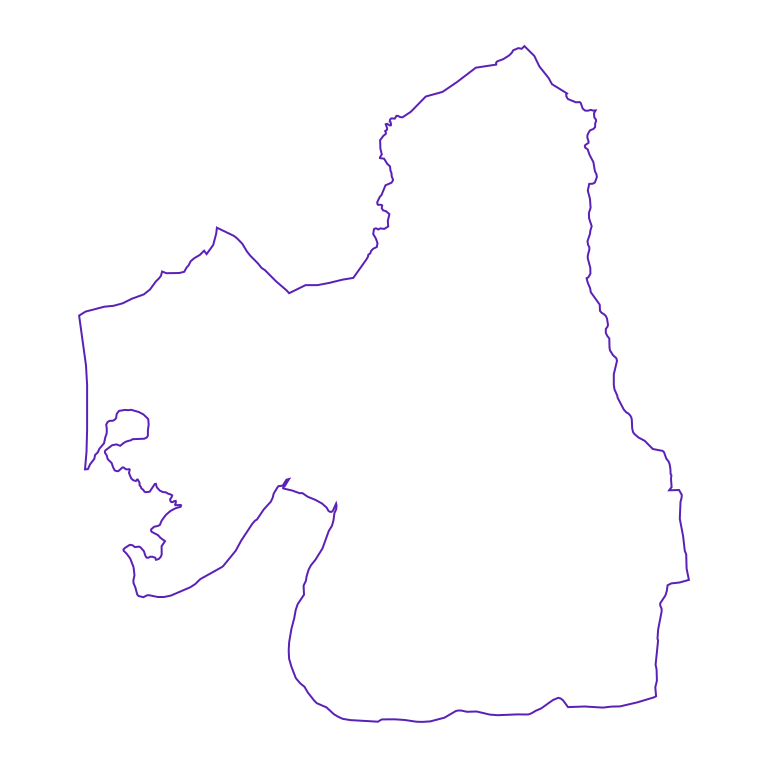 Eratap, Shefa, Vanuatu
{"feature_id": "77236927B93199120734028", "entity_name": "Eratap", "entity_type": "district", "adm_level": 2, "iso_a3": "VUT", "parent_name": "Vanuatu", "parent_adm1": "Shefa", "projection": "albers", "projection_center": [168.385, -17.773], "detail": "fine", "context": "isolated", "style": "outline", "palette": "violet", "viewbox_px": 768, "rotation_deg": 0, "n_neighbors": 0, "source": "geoboundaries", "source_scale": "gbopen_adm2", "svg_char_len": 6080}
<svg xmlns="http://www.w3.org/2000/svg" viewBox="0 0 768 768"><path d="M216.9,227.7L216.2,233.6L213.2,245.0L206.6,254.1L204.1,250.7L199.9,254.9L194.4,258.1L190.7,261.2L188.5,265.5L186.7,267.4L184.2,271.8L179.3,273.0L166.4,273.2L162.1,271.5L161.0,275.7L159.2,278.2L155.8,281.5L150.0,289.5L143.8,294.4L131.9,298.7L122.7,303.3L113.5,305.8L104.3,306.7L85.5,311.6L79.1,315.6L86.0,365.4L87.1,385.0L87.1,429.8L86.5,451.9L85.0,469.4L87.9,469.1L90.1,464.3L94.4,458.7L95.0,455.1L97.9,452.2L99.3,448.9L104.0,443.3L105.4,437.0L106.7,433.4L106.8,428.6L106.2,424.7L107.7,421.9L109.5,420.9L113.0,420.7L114.8,419.6L116.1,418.1L116.7,414.0L119.0,410.9L125.0,409.9L128.4,410.2L131.1,409.8L138.8,412.0L143.4,414.4L148.2,419.0L148.7,424.6L147.9,430.0L147.9,435.6L146.8,437.5L144.3,438.7L132.5,439.2L131.1,440.2L126.3,441.5L123.9,442.8L120.2,445.8L116.5,444.4L112.2,445.2L105.5,450.3L104.9,451.3L105.0,452.8L106.7,455.4L107.7,459.1L111.7,463.1L113.1,467.3L114.7,470.4L116.7,471.1L118.4,471.1L122.5,467.4L123.9,467.6L125.3,468.9L126.7,469.4L129.4,469.2L129.7,469.8L129.0,473.0L131.2,478.4L133.1,480.1L135.2,480.9L136.3,480.8L137.0,479.6L137.8,479.6L139.5,482.6L139.6,485.4L140.8,486.7L141.4,488.4L143.3,489.9L144.5,491.7L145.8,492.2L149.7,491.7L154.8,484.0L155.9,483.8L156.8,487.3L159.8,490.6L162.9,492.1L165.8,492.3L168.3,493.8L170.4,494.3L172.2,495.4L171.6,497.2L170.1,499.3L170.5,501.2L171.4,502.1L173.0,502.0L174.2,501.1L175.7,500.9L175.9,502.6L175.1,504.4L175.4,505.2L180.4,505.0L181.1,505.3L180.6,506.8L175.7,508.2L170.5,510.9L165.9,514.9L161.8,520.4L159.8,525.0L157.7,526.0L154.2,526.7L151.2,529.3L151.1,530.9L151.8,531.9L158.1,535.2L160.3,537.7L165.0,541.2L161.6,546.2L161.7,554.4L160.8,556.8L158.7,559.0L156.0,559.8L155.2,557.7L152.6,556.8L150.2,556.7L148.3,557.8L146.5,557.6L145.4,555.8L143.9,551.2L140.6,547.4L139.0,546.6L134.9,547.1L132.6,545.3L129.9,544.8L125.1,547.8L123.5,549.4L123.6,550.7L126.8,553.9L130.2,558.5L133.5,567.0L134.5,575.2L133.4,580.2L133.5,583.0L135.4,587.6L137.2,594.4L138.5,596.0L143.4,597.2L147.1,595.3L149.1,595.2L157.7,597.0L164.0,597.0L170.8,595.6L190.4,587.2L195.3,584.0L200.3,579.1L222.0,567.0L223.4,565.8L235.8,550.6L241.2,540.6L252.3,523.8L255.0,520.7L257.0,519.5L263.7,509.5L270.8,501.7L272.7,497.7L273.7,493.6L277.5,487.3L278.4,486.2L282.8,485.6L286.4,479.7L289.1,479.0L284.7,486.1L283.3,487.3L283.1,488.2L283.8,488.6L292.1,490.5L299.6,493.2L302.4,493.1L307.8,496.8L315.3,499.8L322.0,503.5L326.6,507.6L328.5,510.9L329.7,511.7L331.5,511.9L332.8,510.9L336.1,503.6L336.5,505.3L336.2,509.2L334.4,513.2L333.5,520.2L332.0,525.7L328.8,530.9L322.5,548.4L315.4,559.8L311.0,565.2L308.6,569.7L306.5,576.7L306.0,580.5L303.6,585.6L304.0,594.7L297.7,604.1L295.7,610.0L294.2,618.4L291.5,628.5L289.2,641.9L288.7,650.4L289.1,658.7L291.3,666.4L295.8,678.1L300.2,683.3L304.5,686.8L307.8,692.5L314.2,700.6L316.8,703.2L326.5,707.4L333.9,714.2L337.5,716.4L342.6,718.8L350.4,720.1L378.0,721.7L381.2,719.7L382.5,719.4L394.6,719.3L404.8,720.0L416.2,721.7L422.1,721.9L430.2,721.4L444.4,717.7L455.9,711.0L458.2,710.5L461.0,710.5L467.1,711.8L476.6,711.5L489.9,714.6L497.5,715.2L517.5,714.4L528.2,714.5L531.3,713.4L535.9,710.7L541.2,708.4L553.0,700.0L558.3,697.8L560.9,698.6L563.2,700.5L568.0,707.1L584.6,706.5L602.9,707.6L611.4,706.6L620.0,706.4L637.2,702.4L654.1,697.3L656.1,696.2L655.3,687.4L656.9,680.7L656.6,669.6L655.6,664.7L658.1,640.4L657.5,638.8L658.1,629.7L661.6,611.6L661.6,608.7L660.2,605.5L660.2,603.3L665.4,595.5L666.8,590.9L667.6,585.3L671.3,583.4L679.6,582.5L688.9,579.9L686.6,568.6L686.2,554.2L684.8,551.0L683.1,536.1L679.8,518.9L680.5,501.9L681.6,497.7L681.8,494.9L679.0,490.0L669.2,490.3L671.6,487.1L671.0,478.8L671.4,475.2L670.6,474.1L670.4,468.9L669.6,464.1L668.5,461.4L666.3,458.6L664.0,452.2L662.6,450.9L652.8,449.0L644.7,440.8L638.5,437.5L634.6,434.2L633.1,432.2L632.2,428.6L631.8,419.7L631.3,417.4L630.1,415.3L628.0,413.2L626.3,412.4L623.7,409.4L617.6,397.7L617.3,395.7L614.5,389.4L613.8,384.6L613.8,374.2L617.0,360.9L616.4,358.3L613.0,355.2L610.0,350.4L609.5,347.5L609.3,338.4L607.5,336.3L605.8,333.0L605.8,329.0L607.5,326.7L608.0,324.9L607.0,318.6L605.9,316.1L604.1,314.3L601.5,312.7L600.0,310.9L599.7,304.6L590.8,292.2L590.1,288.2L587.7,282.6L586.6,278.2L588.3,277.4L590.4,273.8L590.3,267.8L587.7,258.1L587.9,255.0L589.4,249.4L589.3,247.1L588.0,244.7L587.5,241.1L590.0,233.9L590.3,230.9L591.7,226.2L589.1,218.4L588.9,212.9L590.6,207.8L590.0,199.0L587.8,190.6L589.2,183.9L592.8,183.7L594.9,182.5L596.9,177.0L596.4,174.2L594.9,171.1L593.4,162.2L589.4,154.5L587.7,149.4L585.2,147.6L584.8,146.2L585.3,145.0L588.5,142.9L588.6,141.6L587.4,137.8L587.3,135.9L588.1,133.5L590.0,130.4L593.5,128.9L595.1,127.1L595.2,123.3L596.1,121.1L596.0,119.8L594.3,117.3L594.0,113.3L595.6,110.4L593.0,110.6L590.9,109.9L587.8,110.7L585.1,110.6L582.7,108.6L580.8,103.1L579.8,102.1L575.9,102.3L568.0,99.1L566.4,96.5L566.2,94.4L567.1,93.5L552.0,84.2L548.6,78.0L539.4,66.5L534.3,55.9L524.4,46.1L521.7,48.8L518.4,48.1L513.2,50.3L511.7,52.9L509.3,55.3L503.3,59.1L497.2,61.4L496.1,62.7L496.2,64.6L475.8,67.7L456.9,82.1L442.5,91.9L425.8,96.5L410.7,111.9L402.5,117.3L400.2,117.1L398.0,115.9L396.5,115.8L394.8,118.6L391.3,118.4L390.0,119.7L389.8,121.1L389.8,121.7L390.6,122.1L391.1,124.9L390.7,125.4L389.6,125.4L387.1,123.8L385.7,124.3L387.1,128.0L387.1,129.6L385.1,131.1L385.9,132.2L385.8,133.9L383.2,136.0L380.1,140.2L380.4,148.6L381.8,154.5L380.1,157.0L380.0,158.1L384.1,158.7L387.2,163.8L390.0,166.4L390.5,170.7L391.5,173.1L391.7,176.4L392.9,179.3L392.9,180.6L391.5,182.7L385.5,185.3L381.5,195.0L379.7,197.0L377.3,202.0L377.3,203.7L378.0,204.8L380.9,204.8L382.2,205.4L381.7,208.1L383.0,210.3L386.3,211.4L389.4,214.2L387.8,220.9L388.2,226.5L384.2,228.9L380.3,228.4L378.1,229.5L376.6,228.5L375.4,228.4L374.0,229.1L373.2,234.0L375.9,238.6L377.5,243.2L376.8,247.0L373.1,248.8L371.2,250.8L370.2,253.4L368.3,254.8L368.0,256.7L366.3,259.6L353.3,277.9L342.8,279.6L328.8,283.0L317.5,285.1L305.6,285.1L289.1,293.2L286.7,290.5L275.8,281.1L265.0,270.2L261.4,267.8L258.2,263.7L250.2,255.6L246.9,251.4L242.4,243.9L237.1,238.4L233.9,235.9L216.9,227.7Z" fill="none" stroke="#5b21b6" stroke-width="2"/></svg>